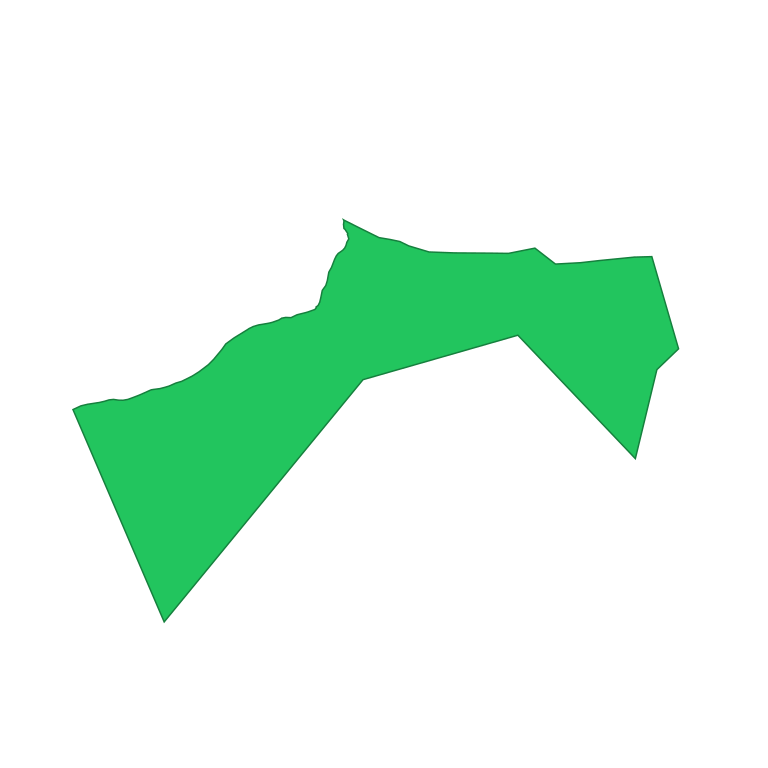 outline of Wadi Hawar, Ennedi, Chad, rotated 157°
{"feature_id": "50815135B62585523695590", "entity_name": "Wadi Hawar", "entity_type": "district", "adm_level": 2, "iso_a3": "TCD", "parent_name": "Chad", "parent_adm1": "Ennedi", "projection": "albers", "projection_center": [23.147, 16.028], "detail": "fine", "context": "isolated", "style": "filled", "palette": "green", "viewbox_px": 768, "rotation_deg": 157, "n_neighbors": 0, "source": "geoboundaries", "source_scale": "gbopen_adm2", "svg_char_len": 1909}
<svg xmlns="http://www.w3.org/2000/svg" viewBox="0 0 768 768"><g transform="rotate(157 384 384)"><path d="M357.1,550.9L357.1,549.8L358.9,546.7L359.0,546.6L359.0,546.4L359.9,543.4L360.1,542.7L359.4,541.5L359.3,540.7L359.0,539.0L358.7,537.7L358.5,536.8L359.0,536.3L359.2,536.1L359.2,535.9L359.7,531.4L359.9,531.2L362.8,529.0L365.0,526.2L365.7,525.7L366.9,524.6L369.6,523.3L371.6,522.8L372.1,522.7L373.6,522.4L375.1,522.1L377.8,520.6L380.7,518.1L386.9,511.7L388.0,510.9L391.1,508.5L395.8,501.3L399.1,497.4L402.6,495.3L402.7,495.2L403.2,494.9L404.2,494.3L404.3,494.2L407.3,489.8L408.4,488.2L408.7,487.8L410.9,484.8L411.1,484.5L412.6,483.2L414.0,482.0L416.5,481.4L416.6,480.6L418.2,479.8L418.4,479.7L418.6,479.6L423.5,479.9L425.5,480.0L428.1,480.3L436.9,481.7L437.4,481.7L443.6,481.4L446.2,482.6L447.2,483.1L448.5,483.7L451.7,484.4L452.3,484.6L452.5,484.5L456.0,484.0L462.6,484.4L465.3,484.8L465.8,484.9L466.3,485.0L468.1,485.4L474.0,486.8L475.9,487.3L478.1,487.6L479.3,487.7L480.3,487.8L481.9,488.0L485.0,487.8L486.3,487.8L488.4,487.4L491.0,487.0L503.5,485.1L504.1,485.0L513.7,482.8L513.9,482.7L514.3,482.5L519.8,479.1L530.1,473.8L530.8,473.4L538.1,470.4L549.6,467.5L557.7,466.2L569.2,465.5L575.3,466.2L582.9,466.1L587.3,466.6L592.6,467.4L592.7,467.5L597.1,468.7L597.4,468.8L597.7,468.9L599.7,469.4L600.5,469.6L601.6,469.6L613.9,469.4L620.0,469.6L623.9,469.8L625.8,469.9L630.6,471.0L632.1,471.7L634.6,472.8L639.0,475.5L643.3,476.8L648.0,477.3L653.7,478.3L654.3,478.5L663.4,480.8L664.4,481.1L671.5,482.3L680.3,482.0L679.9,392.3L679.3,250.9L401.6,396.2L241.7,376.6L181.8,217.1L127.2,290.6L99.1,301.3L87.7,396.6L103.3,402.7L104.2,403.1L104.7,403.2L129.0,410.8L137.3,413.4L155.8,418.9L179.3,427.4L180.9,430.2L192.0,450.1L218.4,455.6L234.3,462.6L267.8,477.1L290.9,487.9L307.3,501.5L313.8,509.0L322.0,514.7L331.4,520.7L347.0,538.9L356.5,550.1L357.1,550.9Z" fill="#22c55e" stroke="#15803d" stroke-width="1.5"/></g></svg>